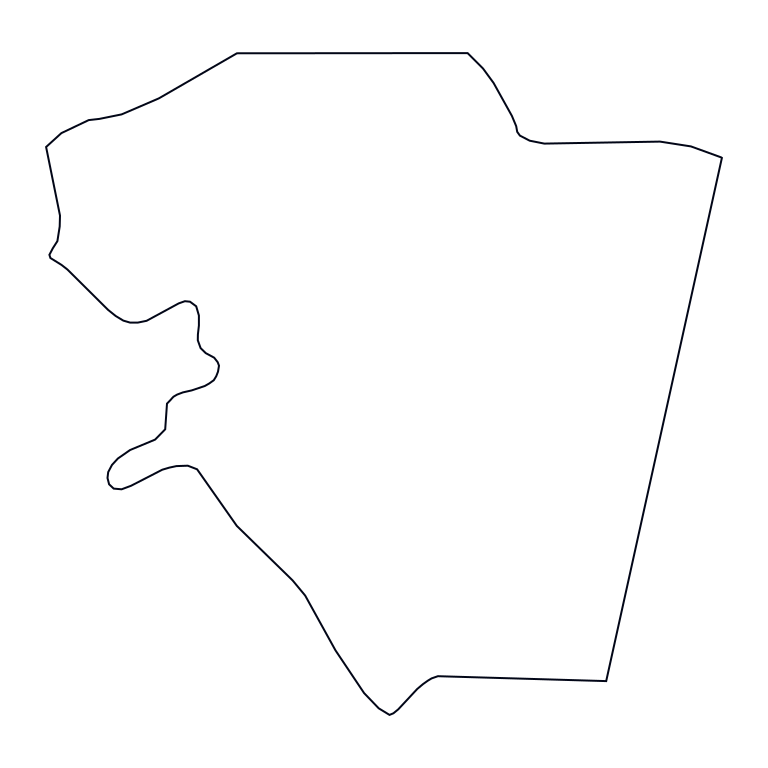 an SVG outline of Salima
{"feature_id": "MWI-1914", "entity_name": "Salima", "entity_type": "District", "adm_level": 1, "iso_a3": "MWI", "parent_name": "Malawi", "parent_adm1": "", "projection": "mercator", "projection_center": [34.346, -13.759], "detail": "fine", "context": "isolated", "style": "outline", "palette": "ink", "viewbox_px": 768, "rotation_deg": 0, "n_neighbors": 0, "source": "natural_earth", "source_scale": "10m", "svg_char_len": 1212}
<svg xmlns="http://www.w3.org/2000/svg" viewBox="0 0 768 768"><path d="M467.6,53.1L483.0,68.5L493.6,83.0L511.9,115.9L516.2,126.2L517.2,131.8L519.9,135.6L529.7,140.7L544.3,143.6L660.0,141.6L690.9,146.4L721.2,157.4L721.9,157.9L606.2,681.1L437.9,676.2L431.6,678.4L427.8,680.7L422.9,684.2L417.3,688.9L398.2,709.4L393.4,713.3L389.5,714.9L378.7,708.3L364.1,693.1L335.5,650.4L305.2,595.6L292.6,580.4L236.8,525.9L197.1,469.3L187.8,465.7L176.4,466.1L169.4,467.6L162.3,469.7L131.0,485.8L121.6,489.3L113.7,488.6L109.1,484.3L107.5,478.0L108.2,472.1L112.0,464.9L117.9,458.5L130.1,450.0L155.1,439.6L165.2,429.3L167.0,403.6L170.8,399.7L171.8,398.5L173.5,396.7L177.1,394.6L182.9,392.4L191.7,390.4L204.8,386.0L209.2,383.5L213.8,380.2L216.2,376.3L218.0,371.7L219.0,365.7L217.7,362.2L214.2,357.7L205.7,353.1L200.6,348.1L197.8,340.3L197.9,334.5L198.9,325.6L198.9,315.5L196.2,306.3L190.0,301.7L184.9,301.2L178.7,303.4L146.6,320.8L137.8,322.6L130.1,322.6L123.3,320.6L115.7,316.0L108.1,309.9L67.4,269.5L61.5,264.9L50.4,258.0L49.4,254.8L52.8,248.3L57.4,241.1L59.7,226.5L60.0,215.6L46.1,147.0L61.4,133.1L88.7,120.1L99.4,118.9L121.6,114.4L158.8,98.4L236.9,53.3L467.6,53.1L467.6,53.1Z" fill="none" stroke="#020617" stroke-width="2"/></svg>